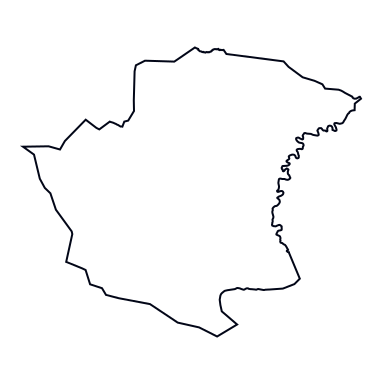 the district of Galt, Hövsgöl, Mongolia
{"feature_id": "93677404B44283034286627", "entity_name": "Galt", "entity_type": "district", "adm_level": 2, "iso_a3": "MNG", "parent_name": "Mongolia", "parent_adm1": "Hövsgöl", "projection": "natural_earth1", "projection_center": [100.238, 48.744], "detail": "fine", "context": "isolated", "style": "outline", "palette": "ink", "viewbox_px": 384, "rotation_deg": 0, "n_neighbors": 0, "source": "geoboundaries", "source_scale": "gbopen_adm2", "svg_char_len": 5974}
<svg xmlns="http://www.w3.org/2000/svg" viewBox="0 0 384 384"><path d="M302.4,77.1L288.6,66.9L283.6,61.4L226.4,54.0L223.6,49.9L223.2,49.9L222.9,50.1L222.3,50.0L222.0,50.1L221.1,49.9L220.5,50.0L220.2,49.8L219.8,50.1L219.6,50.0L219.2,50.0L219.1,49.9L218.7,49.3L218.4,49.2L218.3,48.9L218.1,48.9L217.9,49.0L217.8,49.3L217.5,49.2L217.2,49.3L216.7,49.2L216.4,49.3L216.0,49.1L215.6,49.2L215.2,49.1L214.8,49.2L214.4,49.1L214.0,49.3L213.5,49.4L213.2,49.5L213.0,49.9L212.7,49.9L212.3,50.1L212.1,50.4L211.9,50.5L211.7,50.8L211.7,51.0L211.2,51.2L211.1,51.5L210.2,51.7L209.6,52.2L208.5,52.1L208.0,52.4L207.3,52.1L206.7,52.0L206.4,52.2L206.0,52.2L205.7,52.5L205.4,52.6L204.6,52.3L204.1,52.4L203.7,52.0L203.1,52.1L203.0,51.9L202.8,51.9L202.1,52.0L201.1,51.4L200.1,51.3L199.8,51.2L199.3,50.8L199.0,50.3L198.4,50.1L198.3,49.6L198.1,49.3L198.1,48.9L197.5,48.8L197.2,48.5L196.5,48.4L196.0,48.0L194.9,47.5L174.3,61.6L145.0,60.7L135.9,65.3L134.6,71.3L133.8,100.5L134.0,111.0L128.2,120.6L124.3,121.6L122.4,126.6L121.8,126.4L120.9,126.6L120.3,126.4L118.1,125.0L117.2,124.7L115.7,123.8L114.8,123.5L113.4,122.8L111.5,122.2L110.6,122.0L109.8,121.6L99.3,129.4L96.4,127.9L85.7,119.7L64.9,141.0L60.0,149.5L48.6,146.3L23.0,146.7L34.0,154.6L39.8,178.7L44.8,187.9L50.4,193.3L55.9,209.7L71.7,231.4L72.3,234.1L66.2,261.9L82.0,268.3L85.6,270.0L90.1,284.3L102.0,288.2L106.0,294.9L118.7,298.2L150.0,304.1L177.7,322.6L199.1,327.4L217.1,336.5L237.1,324.5L221.8,311.4L220.4,305.1L219.7,299.7L220.4,295.6L221.0,294.2L221.8,293.2L223.1,292.1L224.2,291.2L224.9,290.8L227.5,290.2L234.9,289.1L237.1,288.0L237.5,288.0L238.4,288.1L239.9,288.4L241.3,289.0L243.5,289.7L244.3,289.6L245.0,289.2L245.4,288.9L246.3,288.5L246.9,288.3L247.6,288.3L247.9,288.3L248.7,288.8L250.2,289.1L251.9,289.2L255.0,289.5L256.2,289.7L258.1,289.0L263.5,290.0L264.2,290.0L265.5,289.7L269.8,289.5L282.6,288.6L283.1,288.5L294.4,284.1L299.8,278.7L289.0,252.8L289.0,252.3L288.1,252.1L287.6,251.9L286.8,251.0L286.9,250.7L287.7,250.3L288.1,249.9L287.7,249.1L287.2,248.4L286.9,247.7L285.9,246.0L285.0,244.9L283.5,244.2L282.3,243.1L281.0,242.8L280.5,242.5L280.2,241.3L280.5,240.6L280.2,239.5L280.5,238.1L280.3,237.3L280.0,236.5L279.5,236.0L278.4,235.5L277.0,234.9L276.4,234.5L276.4,234.1L276.7,233.3L277.1,232.7L277.7,231.3L278.3,230.8L278.9,230.6L280.2,230.4L281.2,230.1L281.6,229.8L281.7,229.3L281.7,228.0L281.6,227.3L281.7,226.7L281.6,226.3L281.0,225.9L280.4,225.2L279.9,225.1L279.4,224.9L278.4,225.1L277.6,225.5L276.7,225.8L276.3,226.1L275.8,226.3L275.2,226.3L273.3,226.1L272.8,225.7L272.2,225.5L272.0,224.7L272.3,223.3L272.3,222.5L272.6,222.0L272.7,221.1L272.5,219.7L272.6,219.3L273.1,218.4L273.3,217.8L273.4,217.2L273.4,216.5L272.4,212.9L272.3,211.8L272.4,211.3L272.6,210.6L272.8,210.1L272.7,209.5L272.6,209.0L272.6,208.5L273.4,207.4L274.3,206.6L275.1,206.1L276.1,206.0L276.8,205.8L277.8,205.0L278.9,203.8L279.4,203.0L279.7,202.4L279.8,201.7L279.8,201.3L279.4,199.9L278.5,199.0L277.8,198.5L277.3,198.0L277.3,197.7L278.8,196.6L281.2,195.7L282.1,195.1L282.8,194.5L283.1,194.1L283.4,193.0L283.4,192.5L283.0,191.8L282.4,191.2L281.2,191.0L280.1,191.2L278.9,191.7L278.0,191.9L277.6,191.8L277.3,191.6L277.1,191.1L277.1,190.8L277.5,190.4L278.1,190.0L278.4,189.6L278.8,188.3L279.0,187.0L279.0,186.2L278.4,183.3L278.4,182.3L278.6,181.3L278.8,179.8L279.1,179.0L279.6,178.7L280.3,178.6L281.1,178.7L282.1,179.0L284.6,179.0L285.7,179.5L287.1,179.8L287.9,179.8L288.6,179.5L289.4,179.1L289.8,178.7L290.3,178.0L290.2,177.4L289.7,176.7L289.3,175.4L288.2,174.3L288.0,173.9L287.8,173.2L287.8,171.7L288.1,170.7L288.4,169.6L288.1,169.2L286.8,168.5L285.7,169.2L285.2,169.5L284.3,170.8L283.9,171.1L283.4,171.3L283.1,171.2L282.9,171.0L282.8,170.2L282.6,169.5L282.2,169.4L281.8,168.6L281.7,167.7L282.5,166.1L283.0,166.0L286.7,165.8L287.3,165.7L288.6,165.2L289.2,164.7L289.6,164.2L289.7,163.8L289.6,163.4L289.0,163.0L288.3,162.8L287.4,162.3L286.6,161.6L286.5,161.3L286.6,160.9L287.5,160.1L288.3,159.7L289.1,159.0L289.3,158.6L289.3,158.3L288.8,156.8L288.8,156.4L289.1,156.0L290.0,155.4L291.8,154.7L292.4,154.6L293.8,154.7L294.3,154.9L294.9,155.4L295.4,156.1L295.8,157.4L296.1,157.8L296.5,158.1L297.0,158.3L297.5,158.3L298.4,158.0L298.7,157.6L298.8,156.1L298.8,155.6L298.3,154.6L298.1,153.4L297.8,152.4L297.5,151.7L297.0,151.2L296.7,150.4L296.7,149.9L297.1,149.4L297.7,149.1L299.0,148.9L300.4,148.9L301.8,149.2L302.1,149.1L302.5,148.9L302.7,148.5L302.8,148.0L302.8,147.2L303.1,146.4L303.5,145.7L303.6,145.3L303.5,144.7L303.3,144.1L302.7,143.4L302.0,143.1L300.1,142.8L298.9,142.5L297.5,141.4L296.6,140.3L296.1,139.2L296.1,138.7L296.2,138.3L296.4,138.0L296.8,137.9L297.7,137.6L298.5,137.6L299.1,137.9L299.7,138.3L301.6,139.2L302.2,139.4L302.5,139.4L303.1,139.0L303.2,137.8L303.1,136.8L302.7,136.0L302.7,135.6L302.9,135.1L303.6,134.2L304.1,133.3L304.5,133.1L305.1,133.0L307.0,133.6L310.9,133.9L313.1,134.9L316.5,135.5L317.3,135.6L317.9,135.5L318.6,135.0L318.7,134.3L318.5,133.7L318.2,132.5L317.4,130.7L317.5,130.3L318.1,129.4L318.8,128.4L319.7,128.1L321.1,128.1L321.8,128.7L322.1,129.2L322.7,130.0L323.4,130.5L325.0,130.5L325.5,130.7L325.9,131.1L326.4,131.4L326.8,131.4L327.2,131.2L327.4,130.8L327.2,128.8L327.2,128.4L327.8,127.1L328.0,126.4L328.7,125.9L329.4,125.7L330.1,125.7L331.0,125.9L331.4,126.2L331.9,126.6L332.4,127.7L332.5,128.4L332.5,129.7L332.5,129.9L332.7,130.0L333.6,130.3L334.4,130.8L335.0,131.0L335.6,130.9L336.4,130.5L336.5,130.2L336.5,129.3L336.1,128.3L336.0,127.5L335.5,126.6L334.8,125.4L334.3,124.4L334.4,123.5L334.6,123.2L335.4,123.1L336.3,123.0L337.3,123.2L339.2,123.7L339.8,123.8L341.1,123.5L342.0,123.3L342.7,122.9L343.3,122.2L344.1,120.7L345.2,119.1L346.0,117.6L346.6,116.3L347.4,114.7L348.2,113.6L349.0,113.1L349.6,111.9L350.9,111.0L352.2,110.5L354.6,110.2L354.8,103.6L361.0,98.7L360.1,97.1L359.9,96.8L359.7,96.8L359.3,96.8L359.0,97.1L357.4,98.0L356.2,98.6L354.6,98.7L353.4,98.3L352.5,97.4L352.3,96.7L345.2,93.0L342.8,91.5L341.1,90.6L338.6,89.7L325.1,88.6L322.4,84.3L314.5,80.8L302.7,77.3L302.4,77.1Z" fill="none" stroke="#020617" stroke-width="2"/></svg>